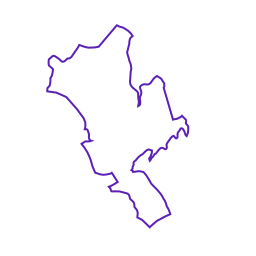 Monchy/Lafeuille, Gros Islet, Saint Lucia (Mercator projection), rotated 243°
{"feature_id": "8701671B46064896130461", "entity_name": "Monchy/Lafeuille", "entity_type": "district", "adm_level": 2, "iso_a3": "LCA", "parent_name": "Saint Lucia", "parent_adm1": "Gros Islet", "projection": "mercator", "projection_center": [-60.941, 14.059], "detail": "fine", "context": "isolated", "style": "outline", "palette": "violet", "viewbox_px": 256, "rotation_deg": 243, "n_neighbors": 0, "source": "geoboundaries", "source_scale": "gbopen_adm2", "svg_char_len": 5847}
<svg xmlns="http://www.w3.org/2000/svg" viewBox="0 0 256 256"><g transform="rotate(243 128 128)"><path d="M84.4,84.2L82.2,84.9L81.0,84.6L79.2,84.5L78.8,84.9L77.4,87.8L75.3,91.7L72.2,95.2L69.8,97.8L68.1,98.5L65.5,98.1L64.1,97.7L61.9,98.4L59.5,99.3L57.6,99.1L54.5,97.9L52.4,98.4L50.8,98.7L49.1,98.4L47.9,98.1L44.5,96.0L44.1,95.7L39.7,98.9L29.7,102.3L29.9,102.6L32.1,111.5L32.3,120.9L32.0,126.6L35.7,127.1L37.9,127.2L40.4,127.0L43.1,127.5L46.0,127.8L49.0,127.5L50.6,127.6L52.1,127.5L54.8,127.1L58.0,126.4L61.8,125.3L64.5,124.4L68.0,123.4L71.5,123.3L75.0,123.0L77.6,122.8L81.7,121.8L83.1,120.2L84.5,118.3L85.3,116.1L86.2,113.4L86.7,112.5L87.6,112.8L88.5,112.1L88.9,111.9L89.0,112.1L89.7,113.5L91.1,114.4L92.0,115.5L92.9,116.5L94.1,117.0L94.8,117.4L95.2,118.1L95.7,120.3L96.7,122.5L97.5,124.8L98.0,127.3L98.0,128.9L98.5,130.6L99.1,132.2L99.7,134.7L99.5,136.7L97.1,139.1L95.0,137.9L92.6,135.4L91.1,132.9L88.9,132.6L89.3,133.6L90.5,135.3L90.6,135.5L91.1,137.0L91.4,137.8L91.6,138.2L92.0,138.7L92.4,139.3L92.6,139.9L92.6,140.7L92.6,141.5L93.0,142.3L93.5,143.1L94.1,144.4L94.5,145.3L95.2,147.7L95.2,148.2L95.1,148.8L94.7,149.6L94.3,150.1L93.5,150.6L92.9,151.0L92.4,151.3L92.1,151.7L92.0,152.2L92.1,152.8L92.3,153.1L92.6,153.5L93.2,153.8L93.6,154.0L93.9,154.1L94.6,154.4L95.1,154.5L95.7,154.8L96.1,155.2L96.6,155.8L98.8,159.9L99.2,160.7L99.6,161.3L99.8,162.0L100.1,163.0L100.3,163.7L100.4,164.3L100.4,164.9L100.1,165.2L99.3,165.4L98.5,165.5L97.6,165.7L97.3,165.8L97.0,166.1L96.9,166.3L96.8,166.7L97.1,167.7L97.5,168.0L97.9,168.2L98.2,168.4L98.8,168.7L99.4,169.0L100.1,169.4L100.6,169.7L101.2,170.3L101.7,171.1L101.9,171.7L102.1,172.1L102.5,172.9L103.1,173.9L103.5,174.4L103.6,174.8L103.6,175.1L103.5,175.5L103.1,175.9L102.7,176.2L102.1,176.5L100.9,176.6L99.9,176.7L98.3,176.5L97.4,176.3L96.6,176.3L95.7,176.2L95.2,176.2L94.2,176.6L94.7,177.2L95.3,177.9L95.8,178.5L96.5,179.1L97.3,179.8L98.0,180.2L99.0,180.8L99.5,181.1L100.5,181.6L101.3,182.1L102.1,182.3L103.1,182.3L104.1,182.0L104.8,181.8L105.8,181.7L106.9,182.2L107.5,182.7L108.1,183.1L108.6,183.3L109.4,183.2L114.4,181.6L113.9,180.4L113.9,179.1L113.9,177.8L113.9,176.8L114.0,175.9L114.2,174.9L114.5,174.0L114.8,173.2L115.0,171.9L147.8,178.1L148.4,179.2L151.5,180.5L157.1,179.9L161.2,177.4L160.9,175.5L160.6,174.2L160.4,173.6L160.3,173.2L160.1,172.8L159.7,172.1L159.5,171.7L159.1,170.9L158.1,169.0L157.7,168.1L157.7,167.9L157.6,167.1L157.6,166.0L157.8,165.4L158.7,163.8L159.2,163.0L159.7,162.1L159.9,161.2L160.0,160.2L159.9,159.4L159.7,158.4L159.4,157.7L158.8,157.1L157.9,156.8L156.9,156.6L156.1,156.7L155.5,156.6L155.1,156.5L154.3,156.3L154.2,156.2L153.8,156.1L153.2,155.8L152.4,155.2L151.8,154.7L151.5,154.3L151.0,153.8L150.8,153.4L150.5,153.1L149.9,152.5L149.1,152.0L148.2,151.6L147.8,151.5L146.5,151.1L144.9,150.3L144.1,149.9L143.6,149.4L143.1,148.7L142.9,147.8L142.9,147.5L142.9,147.0L143.5,147.4L144.0,147.8L144.1,148.0L144.3,148.2L144.5,148.3L144.7,148.5L145.0,148.7L146.1,149.4L146.3,149.5L147.1,149.8L147.7,150.0L147.9,150.1L148.6,150.3L148.8,150.4L149.0,150.5L149.8,150.7L150.8,151.1L151.1,151.2L151.6,151.5L152.0,151.7L153.7,152.4L154.3,152.7L154.5,152.8L155.2,152.9L155.4,152.9L155.6,152.9L156.0,152.9L156.8,152.6L157.2,152.5L158.3,152.0L158.8,151.8L160.0,151.3L161.6,150.6L161.8,150.5L162.3,150.4L162.5,150.3L163.4,150.1L163.7,150.1L164.3,150.0L165.4,150.0L165.6,150.0L166.2,150.0L167.0,150.3L167.3,150.4L168.5,150.9L168.8,151.0L169.0,151.2L169.6,151.5L170.1,151.9L171.2,152.6L171.7,152.8L172.4,153.3L173.6,154.0L175.6,155.1L176.2,155.5L177.1,156.0L177.5,156.4L178.7,157.5L179.7,158.0L180.0,158.2L180.4,158.3L183.4,159.3L183.8,159.4L186.2,159.6L186.9,159.7L189.1,160.1L190.6,160.5L191.2,160.6L192.7,160.8L194.5,161.2L195.4,161.4L196.2,161.9L197.2,162.8L199.4,164.7L201.9,166.9L203.1,167.8L204.1,168.2L205.7,169.5L206.4,170.1L207.0,170.8L207.2,171.3L207.7,173.4L207.8,173.6L207.9,173.9L208.8,173.7L209.9,173.6L211.0,173.5L212.0,173.2L213.2,172.7L214.5,172.3L215.2,171.9L216.4,171.2L217.5,170.6L218.7,169.8L219.8,169.1L220.8,168.0L221.6,167.1L222.4,166.3L223.6,165.4L224.6,164.7L213.7,138.7L213.8,138.4L214.0,138.0L214.3,136.8L214.6,135.9L215.0,134.8L215.3,134.0L217.1,130.1L217.7,129.0L218.8,127.6L219.4,126.9L220.0,126.3L220.8,125.4L221.0,125.2L222.5,123.8L223.6,122.8L224.1,122.3L224.0,122.2L223.2,120.9L222.7,120.4L221.8,118.8L220.7,116.7L220.2,115.6L219.9,115.1L219.5,114.4L219.1,113.8L218.9,113.2L218.5,112.6L218.1,111.9L217.9,111.5L217.4,110.6L217.0,109.8L216.8,109.0L216.8,108.6L216.7,108.4L216.7,107.9L216.7,107.5L216.7,107.4L216.7,107.0L216.9,106.5L217.1,106.3L217.3,105.9L217.4,105.4L217.2,104.6L216.9,103.9L216.7,103.1L216.4,101.9L216.3,100.8L216.4,100.4L216.5,100.1L216.7,99.9L217.1,99.4L218.0,98.9L220.5,98.0L221.2,97.7L223.4,96.5L224.5,95.9L225.4,95.3L225.8,94.8L226.3,93.8L226.1,92.6L225.8,91.4L225.5,90.5L225.3,89.3L224.8,88.4L223.7,87.7L222.4,87.0L221.0,86.3L219.4,86.0L214.8,87.8L214.4,87.8L212.4,86.5L210.9,85.4L209.2,83.9L208.6,83.1L207.8,81.8L207.6,81.4L206.1,80.8L205.0,80.2L203.9,79.4L202.8,78.7L201.3,77.4L200.8,76.2L200.3,74.6L199.4,73.9L198.8,73.5L197.3,72.7L192.0,80.3L183.6,87.1L168.3,91.0L157.0,92.9L152.4,92.5L150.3,91.5L148.6,90.6L147.5,89.8L146.5,88.9L145.8,90.4L145.0,91.0L143.3,90.9L141.9,90.7L140.5,90.5L139.8,90.2L139.0,89.8L137.9,89.2L137.2,88.8L136.0,88.5L135.0,88.5L133.6,89.1L133.5,89.3L133.3,89.5L133.6,87.6L134.1,86.4L134.8,85.1L135.3,84.1L135.4,83.5L135.2,81.6L135.0,80.3L135.2,79.6L135.1,79.4L133.6,79.6L130.8,80.2L126.8,80.6L124.5,80.8L120.2,80.6L116.3,80.2L112.2,79.4L109.8,78.9L107.6,78.8L105.0,78.6L102.8,78.6L102.4,79.1L102.3,79.4L101.6,79.9L101.2,80.4L100.0,81.4L99.5,82.0L98.1,83.9L97.4,85.0L97.3,85.3L97.0,86.0L96.6,87.1L96.1,88.5L95.7,90.1L95.6,90.4L95.5,90.9L95.4,91.7L95.2,92.7L95.2,93.0L95.3,93.2L84.6,94.3L84.5,92.7L84.3,91.1L84.1,86.3L84.2,85.8L84.3,84.9L84.4,84.6L84.4,84.2Z" fill="none" stroke="#5b21b6" stroke-width="2"/></g></svg>